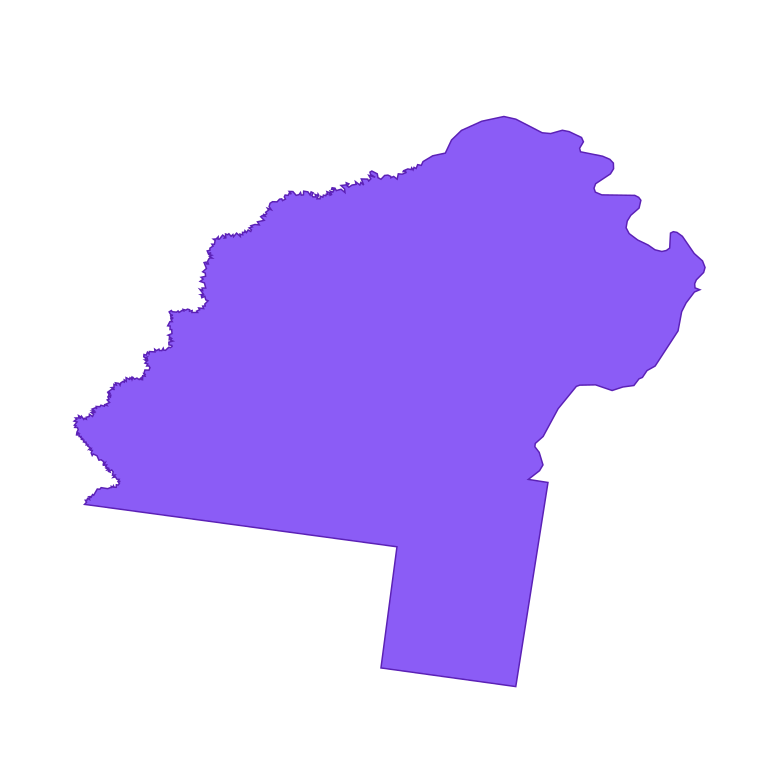 Pilcomayo, Formosa, Argentina, rotated 278°
{"feature_id": "61730980B52467636009888", "entity_name": "Pilcomayo", "entity_type": "district", "adm_level": 2, "iso_a3": "ARG", "parent_name": "Argentina", "parent_adm1": "Formosa", "projection": "equal_earth", "projection_center": [-58.184, -25.344], "detail": "fine", "context": "isolated", "style": "filled", "palette": "violet", "viewbox_px": 768, "rotation_deg": 278, "n_neighbors": 0, "source": "geoboundaries", "source_scale": "gbopen_adm2", "svg_char_len": 6117}
<svg xmlns="http://www.w3.org/2000/svg" viewBox="0 0 768 768"><g transform="rotate(278 384 384)"><path d="M102.7,556.6L309.3,560.1L309.6,540.2L319.8,550.1L326.0,552.7L337.9,547.2L342.9,542.1L346.2,542.1L354.2,548.9L383.8,559.9L408.4,574.8L410.1,578.0L412.6,593.6L409.3,610.8L414.3,621.0L417.3,631.7L424.6,635.8L426.5,639.0L433.9,642.6L439.5,650.0L477.5,667.8L497.0,668.7L506.4,671.9L518.3,678.6L521.3,683.6L522.5,678.6L526.5,677.7L530.6,678.8L538.9,685.0L544.1,685.7L550.2,682.3L556.4,673.0L571.8,658.9L574.9,653.0L575.1,649.3L573.3,646.7L558.4,648.0L555.5,645.0L553.9,640.7L554.6,633.7L558.4,626.2L561.9,615.2L567.1,605.8L572.4,602.0L579.2,602.2L585.4,604.9L593.7,612.1L601.7,612.8L604.3,610.2L605.7,606.1L601.6,573.4L603.4,566.6L607.1,564.7L611.8,565.7L623.6,579.0L629.1,581.4L634.7,580.4L637.9,576.4L640.0,568.8L641.3,546.3L644.7,544.9L651.6,547.8L655.6,545.3L659.7,532.2L660.1,525.3L655.2,514.2L654.8,505.7L664.6,477.7L665.6,465.5L657.8,444.2L645.9,425.4L635.0,416.9L621.2,412.6L616.8,400.5L609.7,391.7L605.7,390.5L605.9,386.8L601.9,385.8L602.7,383.6L600.0,383.0L601.9,381.3L600.1,381.0L600.3,377.7L597.9,373.7L597.0,373.4L597.5,375.8L596.4,376.4L594.3,372.8L594.1,368.9L588.7,368.5L590.9,364.7L589.2,362.1L590.5,361.8L591.4,358.8L590.6,355.6L586.3,352.5L587.5,349.3L591.2,348.1L593.2,342.3L591.8,340.6L589.6,341.6L587.5,346.5L588.5,339.9L585.3,342.4L582.9,340.6L584.6,339.3L583.9,333.0L578.2,336.2L580.3,333.0L577.7,332.4L580.4,327.6L577.8,328.6L576.6,324.7L574.0,321.8L575.0,320.0L577.3,321.4L578.0,318.6L576.0,319.2L574.6,313.8L571.7,317.8L568.2,318.7L570.9,314.3L568.9,309.9L571.1,308.2L571.1,305.3L569.5,305.0L569.6,307.6L566.9,306.6L567.5,303.9L564.3,305.7L563.4,304.3L566.0,303.2L566.5,300.7L564.0,301.9L564.0,300.4L562.4,300.2L562.6,297.7L560.5,297.4L561.1,294.8L558.5,294.9L558.1,291.9L562.0,293.0L563.0,292.2L561.5,292.1L562.1,289.4L559.8,290.7L559.4,287.6L560.7,286.3L563.4,287.3L564.1,285.1L560.9,284.5L563.7,281.9L563.8,277.6L560.1,277.9L559.5,275.8L562.0,274.7L559.7,273.5L558.6,270.8L561.9,267.0L561.5,263.3L559.2,265.8L559.8,263.6L557.4,262.8L557.4,259.8L555.4,259.2L553.4,260.7L551.5,258.0L553.1,257.0L552.5,254.8L549.5,252.8L549.0,248.2L547.1,246.0L543.7,245.5L540.9,248.1L541.8,244.1L540.1,245.5L537.6,242.9L536.2,244.1L535.0,242.8L535.4,240.6L533.6,242.9L533.7,239.9L532.5,238.6L529.4,242.6L527.0,236.1L524.2,238.3L524.0,234.0L522.2,230.2L521.2,231.7L519.8,228.7L518.2,231.3L516.5,230.8L517.6,228.0L514.8,226.7L516.4,225.0L514.7,224.9L514.5,222.8L512.1,223.3L512.4,220.5L510.2,221.1L512.9,217.0L508.9,214.5L511.0,213.6L509.0,212.0L511.2,209.5L510.1,208.5L510.5,206.2L506.7,207.0L506.3,205.5L507.7,206.0L509.0,203.5L504.6,200.9L504.4,199.5L506.6,199.3L504.3,197.6L503.7,194.9L502.6,196.8L498.7,196.6L498.5,194.1L496.8,195.5L494.3,192.7L492.2,193.0L491.2,190.4L488.8,191.8L490.0,194.5L487.9,192.8L487.5,195.5L486.2,193.4L484.8,196.2L484.6,193.9L483.2,193.0L480.7,192.2L478.4,193.4L478.2,191.7L479.9,190.8L479.2,188.9L473.7,192.1L469.9,188.8L468.9,191.6L465.8,192.3L464.2,188.0L462.7,190.3L460.0,187.6L459.1,192.1L454.2,194.1L453.7,190.5L451.4,191.4L452.1,188.5L447.9,192.7L447.0,190.2L446.6,192.3L445.6,191.0L444.1,191.6L445.8,194.4L442.5,195.8L441.9,198.2L438.2,195.4L436.4,196.1L435.9,193.6L433.6,194.9L433.5,189.9L431.9,191.1L430.1,188.3L428.9,189.4L428.1,183.8L430.0,183.8L429.0,181.3L430.5,181.2L430.8,179.0L429.6,177.3L429.9,174.7L428.6,175.4L428.8,173.9L426.4,171.1L427.7,169.9L426.3,168.6L426.1,164.3L427.2,163.2L425.5,161.2L423.1,163.1L422.6,165.4L422.0,163.2L420.6,163.7L419.8,166.2L419.6,163.1L419.1,165.2L417.9,164.2L416.3,165.6L415.9,163.3L411.5,161.7L411.6,164.2L408.1,164.5L408.3,166.2L404.4,167.0L402.3,163.4L401.9,165.0L398.9,165.1L400.2,166.0L399.5,167.5L397.8,166.2L397.1,168.9L395.5,165.1L392.8,165.6L392.7,168.5L391.6,168.9L390.3,167.4L390.5,165.8L386.9,162.9L386.9,161.2L388.7,160.4L386.2,159.4L385.9,157.0L387.2,156.3L385.4,154.1L386.5,152.1L383.9,152.8L383.5,147.1L381.1,147.1L382.6,145.3L379.6,144.5L379.8,142.2L377.5,142.3L376.6,143.8L377.6,145.6L375.6,144.5L376.1,146.1L374.6,146.6L374.4,144.1L373.5,145.9L371.4,144.4L370.9,147.3L368.8,146.5L369.2,148.5L367.6,150.0L365.0,149.3L364.6,145.3L361.1,144.8L360.0,146.8L360.5,144.9L358.5,146.3L358.6,143.9L354.6,144.3L354.7,142.8L356.3,142.6L354.3,140.9L355.5,138.5L354.1,136.3L355.6,134.4L353.5,133.9L355.2,133.2L353.9,132.7L354.8,131.6L353.2,131.2L354.4,127.7L350.8,128.4L351.9,126.2L349.7,126.5L350.1,125.0L348.5,123.2L346.0,122.8L347.7,121.5L347.8,117.9L345.7,119.1L346.1,116.6L343.1,117.1L342.5,114.7L341.0,118.1L341.1,115.3L337.4,111.5L336.3,112.4L337.9,112.9L336.5,114.1L335.0,113.2L334.9,115.0L332.9,114.9L333.7,112.9L332.8,112.3L330.8,113.8L329.7,112.1L327.5,114.8L325.4,111.6L324.2,112.7L324.6,110.2L323.1,110.2L323.6,106.6L322.0,105.9L321.7,102.1L319.3,103.0L320.5,101.9L318.5,98.4L317.0,100.9L316.6,98.6L315.5,101.1L314.9,98.3L313.6,100.6L311.3,99.9L313.0,96.5L310.8,96.6L309.6,93.6L307.7,94.2L308.3,92.1L307.2,91.6L310.0,88.9L307.3,88.1L309.4,87.8L310.2,85.9L308.0,86.7L307.4,83.2L306.4,84.6L304.1,82.3L303.7,85.3L300.1,83.1L299.9,84.6L298.0,83.8L298.2,86.5L296.3,87.5L293.6,86.6L292.8,88.5L292.2,86.6L290.8,86.6L291.1,89.3L289.6,89.4L289.8,91.3L288.6,91.1L288.1,93.0L287.1,92.2L286.6,94.7L284.8,94.5L285.0,97.6L284.3,96.4L283.6,97.8L282.2,97.5L282.4,99.4L281.3,99.3L279.9,102.1L278.4,101.1L279.2,103.0L277.6,102.4L277.6,104.4L275.0,103.6L272.6,105.0L274.2,105.8L273.0,109.8L268.9,112.3L269.6,114.4L268.0,117.3L265.7,117.2L267.1,118.7L264.6,117.9L265.2,120.6L263.1,119.8L262.4,122.4L261.8,121.2L261.4,122.7L260.3,121.9L260.8,123.6L259.1,123.3L258.7,124.9L259.6,124.2L261.0,126.3L259.3,128.0L255.9,127.8L256.4,130.3L253.8,128.7L254.6,131.0L252.5,132.8L252.7,135.0L250.9,134.3L250.8,136.5L250.2,134.3L248.6,135.8L246.9,134.7L247.0,133.0L244.4,133.2L244.2,131.2L245.5,130.3L244.3,130.1L244.7,128.2L243.0,128.8L243.8,128.3L241.9,125.0L242.0,118.3L240.2,117.2L240.1,114.7L233.5,112.0L234.0,110.8L231.9,110.0L231.4,107.8L230.7,109.2L230.1,107.7L228.7,108.4L229.5,106.4L227.7,106.0L227.3,104.4L225.6,105.9L223.1,104.2L224.6,419.5L102.4,420.5L102.7,556.6Z" fill="#8b5cf6" stroke="#5b21b6" stroke-width="1.5"/></g></svg>